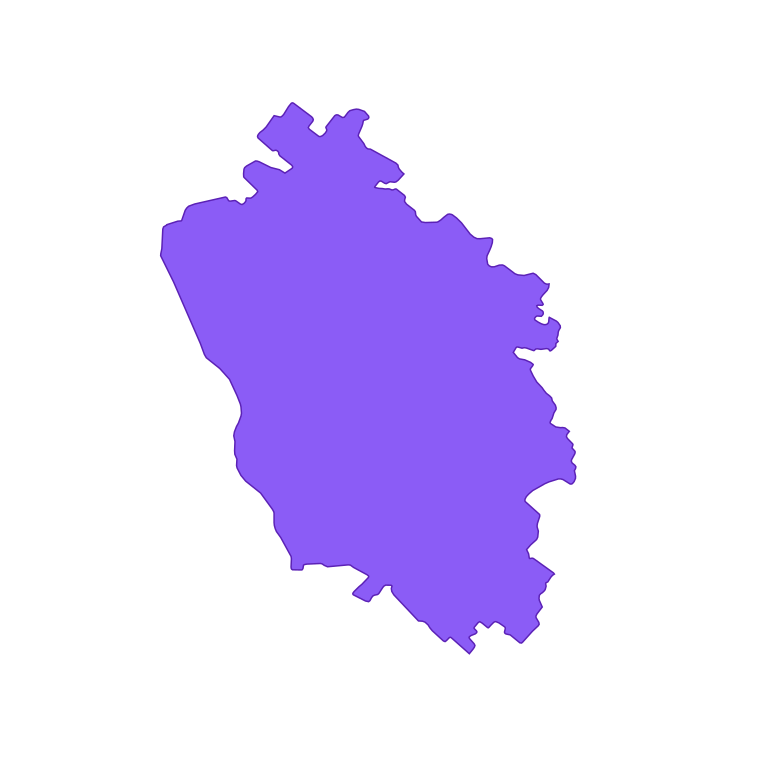 map outline of Stavropol' (orthographic projection), rotated 218°
{"feature_id": "RUS-2306", "entity_name": "Stavropol'", "entity_type": "Territory", "adm_level": 1, "iso_a3": "RUS", "parent_name": "Russia", "parent_adm1": "", "projection": "orthographic", "projection_center": [43.1, 44.947], "detail": "fine", "context": "isolated", "style": "filled", "palette": "violet", "viewbox_px": 768, "rotation_deg": 218, "n_neighbors": 0, "source": "natural_earth", "source_scale": "10m", "svg_char_len": 6171}
<svg xmlns="http://www.w3.org/2000/svg" viewBox="0 0 768 768"><g transform="rotate(218 384 384)"><path d="M200.9,221.3L205.1,221.6L207.6,220.8L211.0,218.5L246.4,223.9L250.1,225.3L252.3,227.3L253.3,229.7L254.5,229.8L258.8,226.6L259.6,224.9L259.7,223.0L259.1,216.0L259.2,215.0L259.5,214.1L261.6,211.6L262.3,209.9L262.2,207.5L261.7,204.7L262.1,203.0L265.0,201.6L278.3,199.0L279.1,199.2L279.7,199.9L279.8,202.0L278.9,208.9L278.1,212.6L277.2,221.8L277.4,222.7L278.1,223.2L279.7,223.3L295.1,220.7L299.0,220.6L300.9,219.4L316.0,205.2L319.5,204.3L321.9,204.2L323.5,203.5L333.9,194.6L335.4,192.9L335.9,191.7L334.3,188.8L334.1,187.3L334.5,186.7L341.7,181.3L342.8,181.2L343.6,181.6L344.6,182.6L349.3,189.2L351.0,190.9L371.0,199.5L377.9,201.5L380.6,203.0L383.3,205.0L385.3,207.1L391.0,214.4L392.1,215.4L394.9,216.6L414.1,222.1L433.2,222.3L440.5,223.9L448.1,227.4L450.0,229.0L453.6,234.2L458.3,236.8L460.7,239.5L466.0,246.9L470.5,250.7L472.4,254.2L474.1,259.8L474.7,263.7L477.0,270.8L478.3,273.2L482.7,278.0L484.9,279.8L492.7,284.4L508.7,292.6L522.9,295.1L540.2,295.3L543.7,296.7L553.7,302.9L612.7,334.9L639.0,347.6L640.1,349.3L642.4,353.9L653.7,369.9L654.4,372.1L653.0,375.7L653.2,375.9L646.8,385.3L644.3,387.6L644.1,388.3L647.6,398.5L647.8,401.1L647.4,403.8L644.0,409.3L624.1,433.7L622.7,434.1L619.6,432.9L618.7,432.9L617.8,433.4L614.6,436.7L613.7,437.1L607.9,437.4L606.4,438.0L605.5,440.1L605.4,442.5L605.7,443.6L606.7,444.9L606.8,445.5L606.7,446.1L603.8,448.1L603.1,449.1L602.6,450.8L602.0,454.4L601.9,457.8L603.2,458.6L621.3,460.6L622.1,460.9L624.1,463.2L626.6,467.1L627.0,468.7L626.5,471.2L622.6,480.6L621.3,481.5L619.1,482.3L606.5,484.9L598.3,488.5L591.9,489.2L589.2,497.5L589.4,498.4L589.9,499.1L591.4,499.6L606.6,499.7L608.6,500.5L609.5,501.6L611.4,502.1L613.1,501.7L615.1,499.4L616.0,499.2L634.6,500.3L635.9,501.0L636.5,502.1L636.7,503.6L636.6,505.9L635.6,509.7L635.1,514.0L635.8,527.8L630.2,530.4L629.5,531.3L629.2,532.5L629.0,534.6L630.0,543.9L629.9,548.0L629.6,548.8L628.9,549.4L627.6,549.6L605.5,550.0L603.7,549.6L602.4,548.7L601.9,547.2L601.9,541.1L601.5,539.4L599.8,538.8L587.8,539.0L587.0,539.4L586.2,540.2L585.3,542.0L584.8,545.6L585.0,548.0L585.6,549.1L587.7,550.3L588.0,551.0L588.0,565.0L587.7,566.0L587.1,566.9L585.9,567.7L580.9,568.4L579.5,569.8L579.6,575.9L579.2,578.3L577.0,581.4L575.0,583.6L572.9,584.9L567.2,586.8L561.0,585.6L559.9,584.5L559.8,583.4L560.0,582.6L562.3,579.3L562.2,578.4L560.9,575.9L560.0,573.4L557.9,565.4L557.2,563.9L556.5,563.4L547.8,561.0L545.0,559.6L543.0,559.2L541.3,559.4L539.3,560.7L510.6,565.4L507.8,565.1L506.1,563.6L504.4,562.8L500.6,562.0L497.6,561.8L498.3,553.2L499.0,550.6L500.0,549.4L503.9,547.0L505.6,543.2L507.1,542.6L510.8,542.2L512.2,541.5L512.7,539.8L512.7,533.8L512.5,533.3L512.0,533.3L508.5,535.0L505.5,537.1L503.2,538.3L501.1,540.2L499.9,541.0L497.2,541.8L496.2,542.8L495.2,544.6L494.3,545.2L484.0,545.2L482.2,544.4L481.2,542.0L480.2,540.5L477.0,539.6L466.9,539.6L465.4,539.1L463.1,536.8L461.7,536.1L454.2,534.8L450.8,536.7L442.0,544.0L441.3,545.0L440.2,548.2L439.5,552.2L438.3,556.9L437.1,558.2L435.4,559.1L434.3,559.4L429.1,559.5L422.1,558.7L408.5,555.2L403.7,555.0L400.2,555.8L397.8,557.6L390.7,564.3L388.7,565.0L387.4,564.7L385.6,562.0L384.1,558.1L383.1,554.5L381.7,548.5L380.3,546.1L376.0,542.2L373.7,541.9L371.4,542.5L369.2,544.3L366.4,548.6L364.1,550.6L363.1,551.0L361.7,551.3L348.7,551.5L345.7,552.4L340.4,555.8L334.7,563.1L331.7,563.7L319.6,562.2L317.1,562.9L315.5,564.5L313.7,561.5L313.1,558.3L313.6,552.2L313.6,549.6L313.4,548.2L313.0,547.3L312.4,546.8L308.2,545.2L307.5,544.6L307.8,543.4L311.0,541.1L311.5,540.5L311.8,539.7L310.7,538.9L308.7,538.7L304.1,539.1L303.1,538.8L302.1,537.9L301.6,537.0L301.5,535.9L301.7,534.2L304.9,532.1L305.5,531.4L305.8,530.4L305.8,528.5L305.2,527.8L304.4,527.4L300.5,527.7L297.1,528.3L294.6,529.2L293.5,530.0L292.5,531.2L292.1,532.7L292.2,533.4L292.5,534.4L294.7,537.8L294.8,538.3L286.9,539.7L284.8,539.6L281.0,538.4L279.7,537.0L279.2,533.7L278.6,532.1L277.0,529.6L275.9,526.3L275.3,525.7L273.0,524.8L273.5,521.8L271.8,519.4L272.8,513.6L273.3,512.5L274.0,512.2L275.4,512.8L276.5,512.6L277.8,511.9L281.7,507.9L284.7,506.2L285.8,505.2L286.1,504.3L286.3,502.8L286.7,502.4L294.0,500.0L295.8,499.0L297.3,497.2L301.4,495.5L302.1,494.8L302.3,494.0L301.6,488.5L295.1,487.0L292.7,487.2L288.0,489.7L281.8,491.3L278.5,491.3L278.1,490.3L278.0,486.6L277.9,485.8L276.7,484.8L271.2,482.1L264.8,479.6L257.0,478.4L253.9,477.4L250.3,476.6L245.9,476.6L243.3,476.2L241.0,474.3L235.9,472.8L233.7,471.2L232.8,469.9L232.3,465.8L230.3,460.4L230.1,458.8L230.2,457.9L229.9,457.6L229.6,456.1L229.0,455.6L228.5,455.4L222.2,455.9L218.1,458.2L216.4,459.7L214.3,460.8L208.8,460.8L208.8,456.6L207.7,454.7L205.8,454.0L198.5,453.0L197.7,452.5L196.7,449.8L196.3,449.3L192.2,448.6L191.5,448.1L190.7,446.6L189.6,440.0L189.0,438.6L187.2,437.6L183.5,437.5L181.8,436.9L181.0,435.3L180.6,432.9L176.3,429.3L175.0,427.5L174.1,424.1L174.2,421.7L174.5,420.8L175.7,419.8L184.2,418.9L186.3,418.0L188.1,416.6L193.7,408.5L195.9,404.4L201.2,391.6L202.3,386.0L202.5,382.9L202.0,380.2L201.3,379.0L200.4,378.3L181.2,377.0L180.6,376.6L179.7,375.4L177.3,368.7L176.0,366.4L174.9,365.3L171.8,363.1L168.6,358.0L168.0,355.4L169.4,347.4L169.7,341.3L165.5,339.2L162.4,336.3L161.7,336.2L160.0,338.0L158.8,338.5L134.1,339.5L132.7,339.1L133.4,337.1L133.6,334.5L133.1,328.9L134.0,327.1L133.6,326.1L131.8,324.5L130.5,321.5L130.3,320.1L130.7,317.2L131.4,315.2L131.5,313.1L129.8,310.4L128.3,309.1L122.0,305.7L121.9,297.1L121.5,295.0L120.9,294.0L120.1,293.4L115.3,291.5L113.8,290.2L113.6,288.4L114.8,280.6L115.8,266.1L116.1,264.6L117.6,263.7L130.1,264.0L134.0,262.1L135.1,262.0L135.9,262.3L136.4,262.8L137.8,265.9L138.6,266.7L139.5,266.9L146.4,266.5L149.6,265.6L150.4,264.7L150.8,263.7L151.3,259.8L151.5,256.9L151.7,256.1L152.4,255.8L159.2,256.0L162.2,255.7L162.9,254.0L163.1,247.9L162.8,247.1L162.1,246.8L159.2,246.4L158.2,245.9L157.9,245.1L158.2,243.4L160.3,239.8L160.8,238.8L161.1,237.1L160.7,236.4L159.1,235.9L153.1,234.8L151.4,234.0L150.8,232.4L150.6,230.4L150.7,224.0L175.0,225.5L175.9,225.2L176.4,224.2L176.8,220.2L177.3,218.6L179.0,218.1L194.1,219.3L197.7,220.1L200.9,221.3Z" fill="#8b5cf6" stroke="#5b21b6" stroke-width="1.5"/></g></svg>